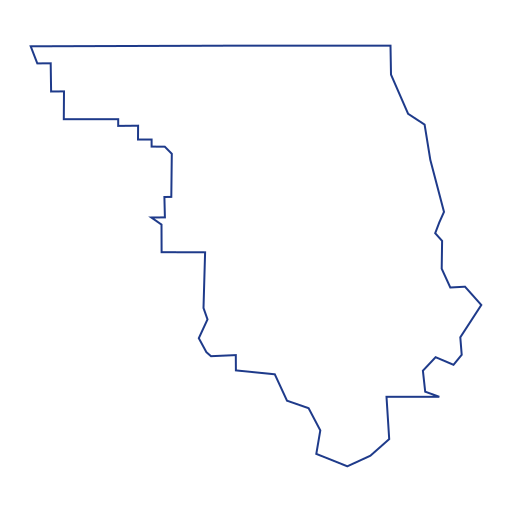 outline of Ouray, Colorado, United States of America
{"feature_id": "52423323B10602944560492", "entity_name": "Ouray", "entity_type": "district", "adm_level": 2, "iso_a3": "USA", "parent_name": "United States of America", "parent_adm1": "Colorado", "projection": "equal_earth", "projection_center": [-107.791, 38.112], "detail": "fine", "context": "isolated", "style": "outline", "palette": "blue", "viewbox_px": 512, "rotation_deg": 0, "n_neighbors": 0, "source": "geoboundaries", "source_scale": "gbopen_adm2", "svg_char_len": 821}
<svg xmlns="http://www.w3.org/2000/svg" viewBox="0 0 512 512"><path d="M316.3,453.9L347.3,466.3L370.4,455.7L389.2,439.1L386.5,396.8L439.3,396.8L425.2,391.7L422.9,370.7L435.6,357.2L453.5,364.8L461.7,354.8L460.3,337.3L481.3,305.0L465.0,286.7L450.3,287.5L441.7,268.7L442.1,240.9L435.2,233.2L439.3,222.4L444.0,211.9L430.3,159.8L424.6,124.6L408.1,113.8L391.0,74.6L390.5,45.7L223.3,45.7L30.7,46.3L37.3,63.4L50.7,63.3L51.1,91.5L64.0,91.4L63.8,119.2L118.2,119.2L118.2,125.9L138.1,125.7L138.0,139.5L151.6,139.5L151.6,146.6L164.8,146.7L171.8,153.8L171.3,196.9L164.4,197.0L164.9,217.4L151.3,217.5L161.5,224.6L161.6,252.2L205.1,252.3L203.5,308.0L207.5,319.4L198.8,338.2L206.4,352.2L211.0,356.2L235.8,355.1L235.9,370.4L274.8,374.3L287.0,400.7L308.6,408.2L320.3,430.4L316.3,453.9Z" fill="none" stroke="#1e3a8a" stroke-width="2"/></svg>